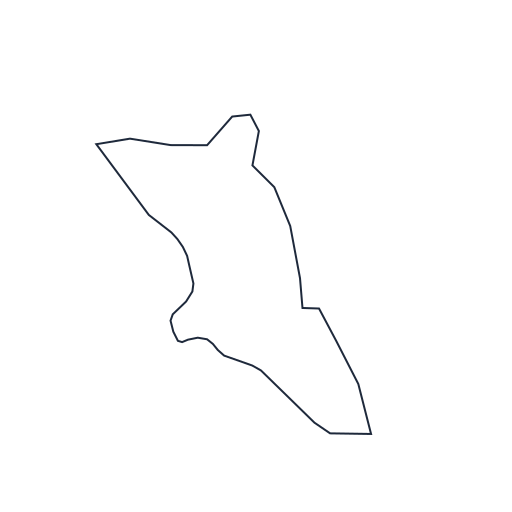 an SVG outline of Kilis, rotated 34°
{"feature_id": "TUR-4841", "entity_name": "Kilis", "entity_type": "Province", "adm_level": 1, "iso_a3": "TUR", "parent_name": "Turkey", "parent_adm1": "", "projection": "orthographic", "projection_center": [37.078, 36.822], "detail": "fine", "context": "isolated", "style": "outline", "palette": "slate", "viewbox_px": 512, "rotation_deg": 34, "n_neighbors": 0, "source": "natural_earth", "source_scale": "10m", "svg_char_len": 655}
<svg xmlns="http://www.w3.org/2000/svg" viewBox="0 0 512 512"><g transform="rotate(34 256 256)"><path d="M450.9,339.2L416.6,361.6L397.7,361.5L324.1,348.1L314.1,348.9L285.3,356.4L276.9,355.3L269.4,353.0L262.0,352.4L253.4,356.3L246.4,363.4L242.9,368.7L238.7,370.0L229.8,365.0L221.3,357.4L219.6,350.9L223.5,332.8L223.1,321.0L219.5,313.8L205.8,301.0L198.8,294.4L190.3,289.4L181.3,285.9L172.7,283.8L144.2,281.9L61.1,252.6L85.9,229.2L123.2,211.8L153.5,191.5L158.3,153.7L172.3,142.0L188.5,150.8L202.4,182.9L232.7,188.7L267.6,212.0L304.9,249.8L323.6,273.1L337.6,264.3L370.3,281.7L412.4,304.9L450.9,339.2Z" fill="none" stroke="#1e293b" stroke-width="2"/></g></svg>